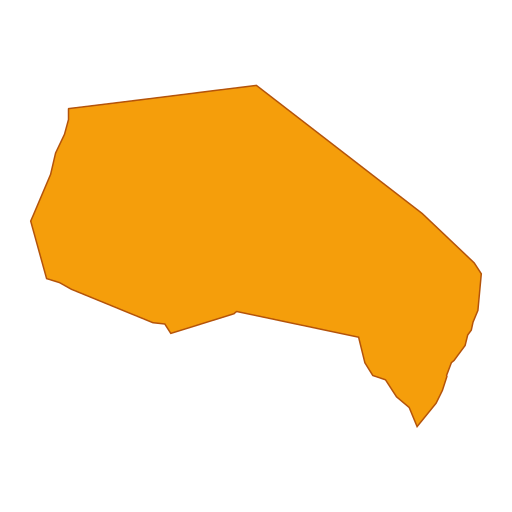 Derierre Fort/Old Victoria Road, Castries, Saint Lucia
{"feature_id": "8701671B52595214845054", "entity_name": "Derierre Fort/Old Victoria Road", "entity_type": "district", "adm_level": 2, "iso_a3": "LCA", "parent_name": "Saint Lucia", "parent_adm1": "Castries", "projection": "equal_earth", "projection_center": [-60.984, 13.994], "detail": "fine", "context": "isolated", "style": "filled", "palette": "amber", "viewbox_px": 512, "rotation_deg": 0, "n_neighbors": 0, "source": "geoboundaries", "source_scale": "gbopen_adm2", "svg_char_len": 646}
<svg xmlns="http://www.w3.org/2000/svg" viewBox="0 0 512 512"><path d="M446.9,376.5L446.6,375.3L451.4,362.6L454.1,360.4L457.6,355.6L465.1,345.5L467.7,335.0L471.3,330.1L473.0,322.2L477.9,310.4L481.3,273.8L474.2,262.9L422.3,213.6L256.4,85.4L215.7,90.4L148.6,98.8L68.7,108.6L68.5,108.9L68.5,119.6L64.5,134.3L55.6,153.0L50.6,174.4L33.5,214.7L30.7,221.1L46.6,278.6L59.5,282.6L71.4,289.3L152.9,322.7L164.8,324.0L170.8,333.4L176.6,331.6L234.1,313.7L235.3,312.5L236.7,311.5L358.6,337.2L364.9,362.8L372.8,375.5L385.5,379.8L396.5,396.8L409.2,407.5L417.1,426.6L436.1,403.2L442.4,390.4L446.9,376.5Z" fill="#f59e0b" stroke="#b45309" stroke-width="1.5"/></svg>